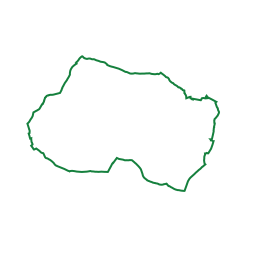 Banisor, Salaj, Romania, rotated 219°
{"feature_id": "2599482B3406770418233", "entity_name": "Banisor", "entity_type": "district", "adm_level": 2, "iso_a3": "ROU", "parent_name": "Romania", "parent_adm1": "Salaj", "projection": "mercator", "projection_center": [22.832, 47.107], "detail": "fine", "context": "isolated", "style": "outline", "palette": "green", "viewbox_px": 256, "rotation_deg": 219, "n_neighbors": 0, "source": "geoboundaries", "source_scale": "gbopen_adm2", "svg_char_len": 5747}
<svg xmlns="http://www.w3.org/2000/svg" viewBox="0 0 256 256"><g transform="rotate(219 128 128)"><path d="M137.3,191.6L137.4,190.9L137.9,189.5L138.1,189.1L138.4,188.9L139.1,188.7L139.4,188.5L139.7,188.1L139.9,187.8L140.5,187.1L141.5,186.3L143.7,184.9L144.9,184.4L146.0,183.9L146.5,183.3L147.7,182.3L148.6,181.5L149.6,180.5L150.8,179.5L153.5,177.3L155.4,176.1L155.5,176.0L157.0,175.1L157.3,174.8L158.1,173.7L159.3,172.6L160.6,171.7L160.9,171.6L161.3,171.5L162.9,171.1L164.3,170.7L164.9,170.3L165.3,170.0L168.8,169.3L172.5,168.3L178.1,166.0L179.3,165.4L181.0,164.7L182.4,164.3L183.4,164.0L183.7,163.9L184.0,164.2L184.7,164.3L186.9,164.3L187.3,164.3L188.8,163.6L190.6,162.5L191.2,162.2L193.2,161.6L193.6,161.4L195.5,160.6L197.3,160.2L197.9,159.9L198.8,159.1L199.2,158.8L201.2,158.1L202.2,157.3L202.9,156.5L203.1,156.1L203.6,155.7L204.3,155.4L205.3,155.0L205.7,155.0L205.9,154.8L206.3,154.8L206.8,154.8L208.0,155.0L208.4,155.0L208.7,154.9L208.9,154.6L209.2,153.5L209.3,152.7L209.4,151.9L209.4,151.0L209.3,150.1L209.2,149.2L209.3,148.6L209.2,147.9L209.5,146.8L209.3,146.5L209.4,145.8L208.5,145.6L208.7,145.1L208.9,144.2L209.2,143.4L209.7,140.5L209.5,138.6L209.3,137.4L208.8,136.0L208.0,134.6L207.8,134.2L206.8,133.0L206.6,132.5L206.4,131.4L206.1,130.0L205.9,128.2L205.6,126.7L205.4,123.2L204.9,120.7L204.9,120.3L204.7,119.9L204.6,119.1L204.5,118.2L204.3,117.7L204.1,117.5L203.9,116.4L203.6,115.8L203.4,115.3L203.4,115.0L202.9,112.5L204.2,110.7L204.5,110.3L205.7,108.7L206.5,107.6L206.9,107.1L207.2,106.7L207.9,106.0L208.6,105.4L209.2,105.0L209.6,104.4L209.8,104.3L210.1,104.0L210.1,103.6L210.3,103.2L210.8,102.9L211.2,102.1L211.4,101.8L211.4,101.0L211.3,100.8L211.3,100.5L211.5,100.3L211.4,99.7L211.4,99.4L211.5,99.2L211.1,98.5L211.0,98.1L211.0,97.9L210.5,96.6L210.3,96.5L210.2,95.9L209.9,95.6L209.8,94.9L209.8,94.3L209.5,93.7L209.3,93.5L209.3,93.2L209.7,92.8L209.5,92.0L209.6,91.9L209.6,91.6L209.2,89.3L208.9,87.4L208.9,86.8L209.1,86.1L209.3,85.5L209.5,85.2L209.7,84.4L210.1,83.6L211.3,80.6L209.7,77.5L209.5,76.8L209.2,75.2L209.1,73.3L208.7,70.9L208.7,69.7L208.9,68.1L204.4,65.1L203.8,64.6L203.2,64.4L202.6,63.8L202.1,63.2L201.3,62.0L201.5,61.6L201.7,61.2L199.4,59.7L198.6,59.0L197.8,58.6L197.4,58.2L197.0,58.6L196.7,59.1L196.3,58.5L195.6,57.9L195.0,57.2L193.9,56.3L193.5,56.2L191.9,55.3L191.8,55.1L192.1,53.3L189.7,52.7L187.9,52.1L187.5,52.1L187.4,52.5L187.0,53.0L186.4,54.3L182.5,54.5L180.7,54.3L179.8,54.3L179.0,54.6L178.0,55.1L177.7,55.0L176.9,54.6L174.2,53.2L173.3,53.0L172.5,53.1L171.7,53.6L171.2,53.7L170.0,53.9L169.5,53.9L169.2,54.0L168.2,54.2L167.5,54.2L165.5,54.2L164.7,54.1L163.9,54.1L162.8,53.8L162.1,53.6L161.4,53.5L160.6,53.5L159.9,53.6L159.7,53.7L159.6,53.8L159.2,53.8L151.7,56.1L147.7,57.0L146.5,57.5L146.1,57.5L145.8,58.2L145.2,58.8L144.5,59.5L142.6,60.7L140.4,61.9L136.9,64.3L136.1,64.9L132.5,68.2L130.9,70.0L130.6,70.4L130.3,70.7L130.1,70.9L130.0,71.0L129.1,71.3L128.8,71.5L127.6,72.4L126.1,73.3L125.3,73.9L124.0,74.9L123.5,75.2L121.2,77.3L119.7,78.4L118.3,79.4L116.0,81.2L117.3,88.2L117.4,88.7L117.5,89.0L117.7,89.7L117.8,90.7L117.8,91.3L117.5,91.3L117.5,91.6L117.6,93.2L117.8,97.7L115.7,98.2L115.1,98.5L111.9,100.3L110.2,100.9L109.4,101.5L108.9,102.0L107.3,103.2L106.4,104.2L105.5,104.9L104.7,105.4L104.3,105.5L103.4,105.4L102.1,105.4L100.6,105.3L99.2,105.3L98.5,105.2L95.9,104.9L93.7,104.5L92.3,104.1L91.8,103.9L87.8,101.4L86.4,100.3L84.6,99.6L84.2,99.6L83.7,99.5L83.4,99.5L82.8,99.5L81.5,99.5L81.0,99.6L80.5,99.5L80.3,99.4L80.1,99.5L79.7,99.6L78.9,99.7L78.0,100.1L76.7,100.4L76.4,100.6L75.4,101.0L74.6,101.1L73.9,101.4L73.4,101.7L73.0,101.8L72.3,102.3L71.4,102.6L70.7,103.1L69.1,103.7L68.5,103.7L67.6,104.1L66.4,104.9L65.7,105.5L65.1,106.2L64.8,106.9L64.1,107.5L63.8,108.1L63.3,108.4L63.0,109.0L62.9,109.0L62.3,108.9L61.9,108.7L60.6,108.6L60.3,108.4L59.7,108.5L59.2,108.9L57.1,109.1L56.5,109.3L53.8,109.7L52.4,110.1L50.5,110.9L50.0,111.2L49.4,111.7L47.4,112.7L45.7,113.8L44.5,114.7L44.6,115.2L45.1,116.5L46.1,119.4L47.4,123.0L47.9,124.4L48.3,127.4L48.2,129.0L47.4,134.0L47.2,136.0L46.8,138.2L46.6,139.8L46.1,141.8L46.0,142.7L45.9,144.4L45.7,144.7L45.0,148.4L46.0,148.5L47.0,149.3L48.4,150.6L48.7,151.0L49.6,152.4L50.5,153.5L51.0,154.6L51.4,155.9L51.7,156.4L52.1,156.7L51.1,157.8L51.1,158.1L50.4,158.3L50.3,158.6L49.7,158.9L50.4,164.2L51.9,168.4L53.2,171.5L53.3,171.4L53.8,171.3L54.8,171.1L55.4,170.9L55.8,170.6L56.1,171.0L56.8,171.1L56.1,171.7L55.9,172.2L55.9,172.4L57.7,176.1L59.1,178.9L59.5,179.6L59.9,179.9L60.1,180.1L60.2,180.5L60.8,181.3L61.2,181.9L61.5,182.8L61.8,182.9L63.3,186.0L63.6,186.3L64.0,186.2L64.2,186.4L65.5,187.9L65.7,188.1L65.8,188.5L66.3,189.3L66.1,191.8L66.2,193.0L66.1,193.9L66.8,196.8L67.3,197.7L69.4,198.7L69.8,199.0L70.4,199.6L70.6,199.6L70.8,199.7L71.1,200.0L71.4,200.1L71.7,200.1L72.1,200.2L75.3,202.2L75.9,202.5L75.9,203.3L75.8,203.9L80.2,203.1L85.5,202.0L87.2,202.5L87.1,201.2L86.9,201.0L86.4,200.5L86.1,200.5L85.7,200.5L86.6,199.6L88.0,199.0L88.7,198.3L89.2,197.8L89.3,197.5L89.3,197.4L88.9,195.9L88.9,195.6L88.9,195.4L95.9,191.6L95.8,191.4L95.5,191.0L95.9,190.8L96.3,190.6L96.6,190.6L96.9,190.9L98.1,190.4L98.6,190.7L98.8,191.4L99.0,191.6L99.5,191.1L101.4,187.8L102.8,189.3L103.6,189.8L104.2,190.1L104.5,190.1L105.1,190.3L105.5,190.7L106.1,190.6L107.3,192.0L107.6,192.4L107.8,192.6L108.3,192.5L108.8,192.1L109.2,191.9L110.0,192.0L110.3,192.2L111.2,192.2L111.6,191.9L112.2,192.1L112.5,192.0L113.1,192.0L113.5,191.9L113.9,191.8L114.2,191.4L114.4,191.3L114.7,191.3L115.0,191.4L116.2,191.5L117.7,191.3L118.6,191.1L119.9,191.0L120.1,191.0L121.0,191.3L122.2,190.9L123.3,190.8L123.7,190.9L124.8,190.9L125.2,191.0L126.3,191.4L126.7,191.7L127.2,191.9L128.5,192.2L129.2,192.1L130.1,191.6L130.5,191.5L131.9,191.7L134.2,191.7L135.8,191.6L137.3,191.6Z" fill="none" stroke="#15803d" stroke-width="2"/></g></svg>